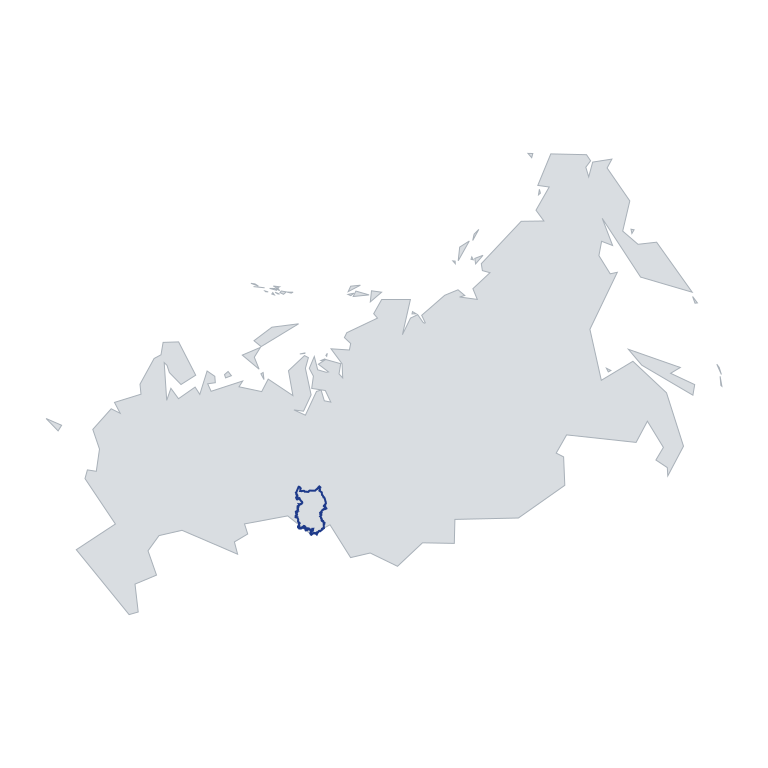 Omsk on a map of Russia (Albers equal-area conic projection)
{"feature_id": "RUS-2397", "entity_name": "Omsk", "entity_type": "Region", "adm_level": 1, "iso_a3": "RUS", "parent_name": "Russia", "parent_adm1": "", "projection": "albers", "projection_center": [72.959, 56.006], "detail": "fine", "context": "in_parent", "style": "outline", "palette": "blue", "viewbox_px": 768, "rotation_deg": 0, "n_neighbors": 0, "source": "natural_earth", "source_scale": "10m", "svg_char_len": 9013}
<svg xmlns="http://www.w3.org/2000/svg" viewBox="0 0 768 768"><path d="M683.5,446.2L667.8,475.9L667.3,467.6L655.9,460.0L663.4,447.4L647.4,421.2L636.1,442.4L566.6,434.9L556.2,453.1L563.6,456.9L564.8,485.3L518.4,518.0L454.9,519.4L454.3,543.4L422.5,542.8L397.5,566.3L370.2,553.0L350.6,557.6L330.0,524.8L311.4,534.7L287.7,515.9L244.5,523.9L247.7,534.0L234.4,541.9L237.6,554.2L182.0,530.3L159.0,535.6L148.0,550.8L156.5,575.1L135.0,584.1L138.2,612.0L129.1,614.6L76.3,549.7L115.4,524.0L85.0,478.6L87.4,469.9L96.3,471.3L99.5,449.1L92.8,429.4L111.2,408.8L120.2,413.3L114.5,402.4L141.0,394.2L140.0,384.2L154.1,358.5L161.0,354.8L163.1,342.4L178.6,341.9L195.7,375.2L181.0,384.5L169.4,372.6L167.0,365.3L164.2,362.6L166.7,400.4L170.9,388.3L178.5,398.7L195.1,387.1L199.8,394.4L207.1,371.0L214.8,376.3L215.3,382.7L207.7,383.8L211.1,391.3L242.7,381.0L239.0,386.8L261.7,391.6L268.2,379.1L292.9,395.6L288.5,370.7L304.5,355.6L308.4,357.6L305.4,368.3L311.1,394.9L303.5,411.2L293.9,409.9L305.4,415.2L316.5,391.4L321.1,390.1L324.3,400.8L330.8,402.1L325.3,390.5L311.7,388.4L313.4,376.1L309.3,368.4L314.3,356.5L317.7,369.8L326.2,372.3L328.5,371.9L318.4,364.2L325.7,359.5L340.7,363.7L339.0,373.9L342.7,377.9L342.1,363.8L331.0,348.8L349.4,350.0L350.7,343.5L344.4,337.6L346.8,332.7L377.5,318.1L373.7,313.7L381.7,299.5L410.4,299.5L402.4,334.7L410.5,318.1L417.7,314.7L423.0,322.3L424.3,323.2L425.3,322.8L421.7,315.3L444.7,295.3L458.0,289.8L464.8,295.5L459.5,297.0L477.3,299.4L472.9,288.7L490.0,272.7L482.4,270.6L481.3,263.7L521.2,221.3L543.9,221.0L536.0,210.2L549.2,187.0L537.8,185.4L550.8,153.9L586.5,154.7L590.6,160.8L585.8,167.2L588.7,176.9L592.7,162.1L611.9,159.1L607.1,168.0L629.8,200.9L622.7,231.1L638.0,244.3L656.6,242.2L692.2,292.2L640.6,277.1L602.2,218.3L612.6,245.5L601.6,241.3L598.9,255.6L610.2,273.8L617.3,272.3L589.9,329.3L601.3,380.3L632.9,361.3L666.5,392.8L683.5,446.2ZM298.6,323.8L261.1,346.6L254.0,340.7L271.9,327.2L298.6,323.8ZM628.4,349.3L680.3,367.5L670.6,373.3L694.7,384.6L692.9,395.2L641.8,365.2L628.4,349.3ZM242.3,355.1L260.4,347.4L254.3,357.2L259.1,369.2L242.3,355.1ZM458.2,260.8L459.7,247.1L469.3,241.0L458.2,260.8ZM355.9,291.1L369.1,294.9L353.2,296.5L355.9,291.1ZM350.7,286.2L360.4,285.2L348.2,291.6L350.7,286.2ZM371.5,290.8L381.6,292.2L370.3,301.9L371.5,290.8ZM472.7,240.5L474.1,234.2L478.8,229.4L472.7,240.5ZM46.1,418.5L61.6,425.3L58.1,430.9L46.1,418.5ZM259.0,287.1L264.6,287.8L253.5,286.6L259.0,287.1ZM474.8,258.4L483.0,255.3L475.6,263.9L474.8,258.4ZM231.4,375.7L225.6,377.9L224.5,374.6L228.1,371.5L231.4,375.7ZM269.6,288.4L274.8,288.5L277.0,290.4L269.6,288.4ZM286.3,291.9L283.5,294.3L280.0,292.6L281.2,291.0L286.3,291.9ZM291.2,293.1L287.0,292.1L293.1,292.2L291.2,293.1ZM263.1,372.5L264.0,379.6L260.9,373.8L263.1,372.5ZM353.9,293.2L350.8,295.7L348.0,294.4L353.9,293.2ZM273.3,286.0L279.6,286.8L277.0,288.1L273.3,286.0ZM532.8,153.5L531.7,157.7L528.0,153.4L532.8,153.5ZM255.0,283.9L258.4,286.1L250.9,283.3L255.0,283.9ZM304.9,353.4L299.8,354.0L304.9,352.9L304.9,353.4ZM412.5,311.6L416.2,313.8L412.0,313.9L412.5,311.6ZM539.4,189.3L540.4,193.2L538.5,194.8L539.4,189.3ZM277.7,293.9L275.1,292.2L279.6,294.1L277.7,293.9ZM278.2,288.5L279.6,290.7L276.3,288.7L278.2,288.5ZM716.8,364.2L719.2,367.5L721.4,374.5L716.8,364.2ZM272.8,292.6L274.4,294.9L271.8,294.0L272.8,292.6ZM325.3,358.7L321.7,360.7L320.9,360.5L325.3,358.7ZM634.1,229.8L631.9,233.5L631.0,229.2L634.1,229.8ZM471.8,256.9L473.3,259.8L471.0,259.3L471.8,256.9ZM606.4,368.2L610.9,370.5L608.3,371.9L606.4,368.2ZM692.6,296.5L697.4,302.9L695.0,303.2L692.6,296.5ZM268.2,291.9L265.5,291.7L264.8,290.9L268.2,291.9ZM327.3,353.3L326.7,356.3L325.9,355.5L327.3,353.3ZM455.1,261.1L455.3,263.7L452.8,260.9L455.1,261.1ZM720.9,385.5L720.1,376.3L721.9,386.3L720.9,385.5Z" fill="#d9dde1" stroke="#a8b0b8" stroke-width="1"/><path d="M299.0,522.6L298.5,522.3L298.3,522.1L298.2,521.4L298.0,521.2L298.1,520.7L298.1,520.2L298.2,519.8L298.2,519.2L297.3,517.8L297.2,517.6L297.3,517.5L297.4,517.2L296.9,517.0L296.6,517.0L296.3,517.3L296.0,517.4L295.6,517.2L295.8,516.6L295.6,516.3L295.6,515.9L296.1,515.3L296.8,515.2L297.1,514.4L297.0,514.1L296.9,514.0L296.5,514.0L296.1,513.6L296.1,513.4L296.1,513.1L296.4,512.7L296.4,512.4L296.6,512.3L296.8,512.4L297.1,512.3L297.3,512.1L297.2,511.9L296.4,512.1L295.9,512.0L295.8,511.9L295.8,511.7L296.0,511.5L297.3,511.5L297.6,511.3L297.8,510.8L297.9,510.2L298.1,509.5L298.1,509.4L298.0,509.2L297.7,509.1L297.7,508.7L297.8,508.5L297.9,508.3L297.8,508.2L297.5,508.1L297.5,507.9L297.8,507.5L298.3,507.3L298.4,507.1L298.4,506.8L298.0,506.3L297.6,506.4L297.6,506.2L298.0,505.9L298.5,506.0L298.9,505.7L299.0,505.5L299.1,505.3L299.3,504.6L299.2,504.5L299.0,504.2L299.6,504.3L300.1,504.2L300.6,504.4L300.8,504.2L300.8,503.9L301.3,503.9L301.6,503.8L301.9,503.2L302.2,502.9L302.3,502.8L302.2,502.1L302.0,501.7L301.7,501.5L300.8,500.7L300.0,499.4L299.5,499.3L299.4,499.1L299.6,498.9L299.6,498.6L299.4,498.5L299.5,498.2L299.4,498.1L299.0,497.9L298.7,498.1L297.9,498.2L297.7,498.7L297.7,498.9L297.8,499.0L297.5,499.4L296.9,499.3L296.9,499.2L297.1,498.9L296.7,498.6L296.4,498.4L296.1,497.5L296.1,497.4L297.4,496.3L297.4,496.2L297.4,495.9L297.4,495.7L297.0,495.7L296.9,495.7L296.9,494.6L296.5,494.5L296.5,494.0L296.2,493.8L296.3,493.4L296.2,493.2L296.2,492.9L296.0,492.6L296.3,492.4L296.3,492.2L296.5,491.9L298.6,486.8L298.7,486.7L298.9,486.7L299.3,487.0L299.6,487.0L299.9,487.7L300.2,487.8L300.6,488.1L300.7,488.3L300.4,488.6L300.3,490.3L300.3,490.6L300.4,490.8L300.3,491.0L301.1,491.0L301.5,491.2L302.0,491.0L304.0,490.8L304.4,491.1L304.7,491.7L304.8,491.7L306.4,491.7L306.7,491.8L308.4,491.9L308.7,491.6L308.8,491.4L308.8,491.2L309.0,491.0L309.5,490.6L315.0,490.7L316.4,489.4L317.0,489.1L317.0,488.9L317.3,488.6L317.9,488.0L318.3,487.8L318.3,487.7L318.3,487.4L319.3,486.4L320.3,487.2L320.4,487.6L319.3,488.5L319.2,488.6L320.0,489.7L319.9,490.0L319.5,490.5L319.4,490.7L321.8,492.4L321.8,492.6L322.0,494.9L322.1,495.0L322.4,495.1L322.8,495.5L323.5,497.3L324.0,497.2L324.2,497.4L324.8,498.7L324.8,499.0L325.3,500.6L325.4,501.3L325.7,501.8L325.7,502.2L325.9,503.3L325.9,503.5L325.4,504.1L325.3,504.4L324.8,504.6L324.6,505.2L324.1,505.6L323.9,505.7L323.8,506.1L324.0,506.3L324.1,506.2L324.3,505.9L324.6,506.1L324.8,505.9L325.3,506.2L325.3,506.3L325.0,506.5L325.2,507.3L325.7,507.6L325.9,507.9L326.1,508.0L326.3,508.2L326.4,508.5L326.0,508.7L325.6,508.9L325.5,508.7L325.2,508.8L324.7,508.7L324.5,509.1L324.4,509.2L323.5,509.1L323.3,509.4L323.2,509.8L322.4,510.0L322.2,510.5L321.2,511.6L321.1,511.8L321.2,512.0L321.3,512.2L321.5,512.3L321.6,512.5L320.8,513.0L320.2,512.7L320.1,512.8L320.3,513.2L320.3,513.4L320.9,513.7L320.4,514.3L320.7,514.6L321.2,514.6L321.3,514.7L321.4,514.8L321.4,515.0L320.6,515.7L320.6,516.0L320.3,516.3L320.2,516.4L320.6,516.7L320.7,516.9L320.8,517.1L320.9,517.3L321.1,517.4L321.2,517.6L321.2,518.1L321.1,518.5L321.4,518.8L321.5,519.2L321.8,519.2L321.9,519.6L321.9,519.9L321.6,520.5L321.8,520.8L322.4,520.7L322.7,520.8L322.5,521.2L322.6,521.4L322.9,521.6L323.4,521.6L323.5,521.9L323.7,522.7L323.9,522.8L324.0,522.6L324.3,522.7L324.2,522.9L324.4,523.4L324.4,523.6L324.3,524.0L323.7,524.1L323.9,528.2L323.4,528.3L322.6,528.3L322.1,528.7L322.5,529.4L320.3,531.1L320.2,531.2L319.5,530.9L319.1,530.9L318.9,531.0L318.7,531.6L318.3,531.8L318.1,532.3L317.1,532.4L317.1,532.5L317.0,533.1L317.2,533.5L316.9,534.3L316.8,534.5L316.7,534.4L316.2,534.0L316.1,533.8L316.2,533.6L315.9,533.2L315.5,533.2L315.3,533.5L315.1,533.5L315.0,533.0L314.1,532.9L313.5,533.3L313.2,533.1L312.7,533.2L312.6,533.6L312.3,533.6L312.1,534.1L311.4,534.8L311.0,534.6L311.3,534.0L310.4,533.5L310.5,533.2L310.3,533.0L310.3,532.9L310.4,532.7L310.5,532.5L310.8,532.5L310.9,531.6L311.0,531.5L311.5,531.3L311.2,531.1L311.5,530.8L311.8,530.7L312.6,530.8L312.9,530.7L312.9,530.4L313.2,528.9L312.8,529.0L312.8,528.8L312.4,528.8L312.4,529.2L312.3,529.3L312.0,529.4L311.9,529.6L311.9,529.9L311.7,530.0L311.5,529.8L311.2,529.7L311.2,529.8L311.1,530.1L309.4,529.7L309.2,529.2L308.9,529.1L308.9,528.5L308.8,528.4L308.4,528.4L307.0,528.2L306.7,528.3L306.5,528.6L306.3,529.0L307.0,529.0L307.4,529.6L307.4,529.9L307.3,530.0L306.6,529.7L306.2,530.3L305.7,530.4L305.6,530.2L305.9,529.3L305.6,528.9L305.5,528.6L305.8,528.7L306.1,528.5L306.2,528.2L305.2,527.8L305.4,527.4L305.4,527.1L305.1,527.0L305.0,526.6L304.6,526.1L304.4,526.0L303.8,525.9L303.7,526.0L303.8,526.1L304.2,526.6L304.0,527.0L304.0,527.4L304.2,527.5L304.5,527.6L304.6,527.8L304.6,528.1L304.3,528.3L304.1,528.2L303.7,527.5L303.5,527.3L302.3,527.1L302.2,527.2L302.0,527.5L302.0,528.1L301.6,528.4L301.2,528.2L300.7,528.4L300.7,527.9L300.6,527.7L299.9,527.5L299.7,527.6L299.3,528.3L299.1,528.4L298.6,527.8L298.3,527.6L298.4,527.3L298.4,526.9L298.0,526.8L298.0,526.5L298.0,526.3L298.2,526.2L298.4,526.3L298.8,526.5L299.2,526.4L299.2,525.6L299.1,525.2L299.0,524.9L299.0,524.1L299.0,523.8L299.2,523.7L299.6,523.5L299.7,523.4L299.7,523.2L299.3,522.6L299.0,522.6ZM297.3,510.3L297.6,510.2L297.6,510.3L297.5,510.6L297.3,510.6L297.2,510.6L297.3,510.3ZM297.2,510.9L297.4,511.0L297.1,511.1L297.2,510.9Z" fill="none" stroke="#1e3a8a" stroke-width="2"/></svg>